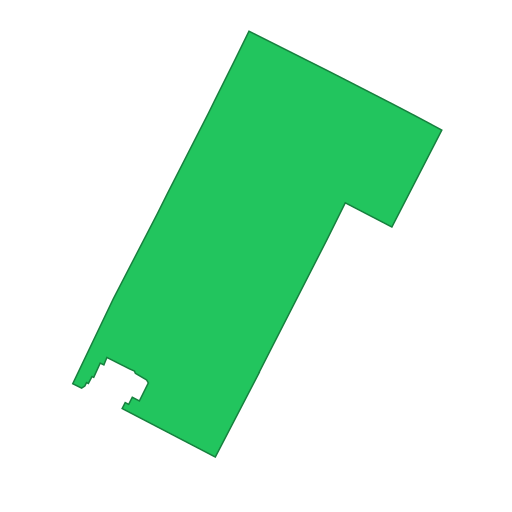 outline of Albany, Wyoming, United States of America, rotated 207°
{"feature_id": "52423323B70770360045395", "entity_name": "Albany", "entity_type": "district", "adm_level": 2, "iso_a3": "USA", "parent_name": "United States of America", "parent_adm1": "Wyoming", "projection": "orthographic", "projection_center": [-105.646, 41.715], "detail": "fine", "context": "isolated", "style": "filled", "palette": "green", "viewbox_px": 512, "rotation_deg": 207, "n_neighbors": 0, "source": "geoboundaries", "source_scale": "gbopen_adm2", "svg_char_len": 654}
<svg xmlns="http://www.w3.org/2000/svg" viewBox="0 0 512 512"><g transform="rotate(207 256 256)"><path d="M174.7,453.1L201.6,453.4L270.2,453.6L271.4,453.6L364.3,453.1L363.8,420.6L363.4,375.5L363.2,361.6L363.3,272.0L363.1,248.5L363.7,153.2L361.3,59.0L351.4,59.1L349.5,62.4L349.5,66.3L347.5,66.3L347.4,74.1L345.5,74.2L346.2,89.8L342.1,89.9L342.8,97.9L317.4,98.0L312.1,98.3L310.2,96.7L297.2,95.9L294.3,94.0L294.1,73.9L302.1,74.0L302.1,66.0L306.0,66.0L306.0,59.3L201.0,58.4L200.2,153.7L200.4,153.7L200.4,182.1L200.2,302.5L200.6,343.9L171.8,343.7L148.1,343.5L147.6,452.5L169.1,453.0L174.7,453.1Z" fill="#22c55e" stroke="#15803d" stroke-width="1.5"/></g></svg>